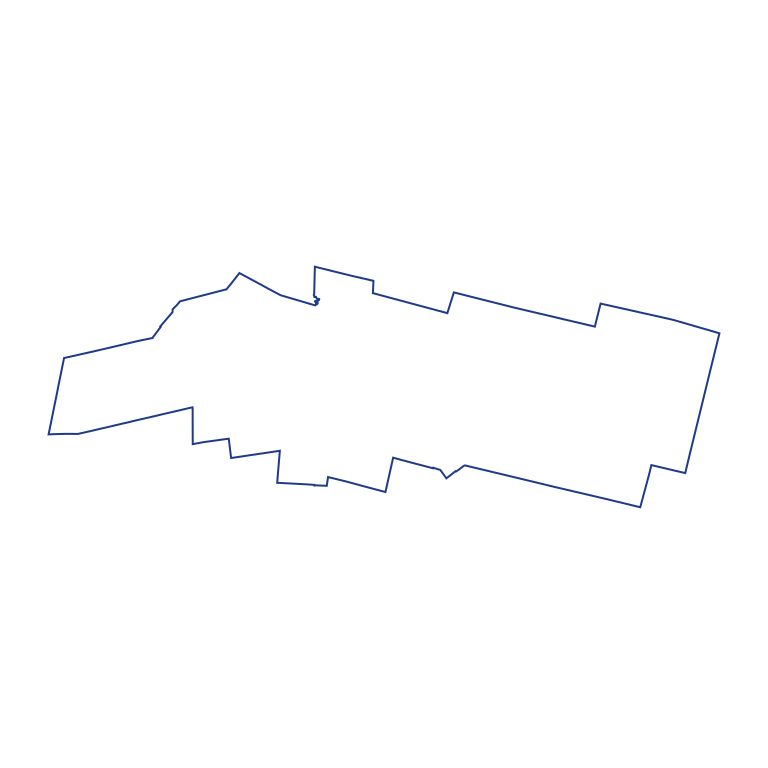 Barca, Dolj, Romania, rotated 6°
{"feature_id": "2599482B6572149700325", "entity_name": "Barca", "entity_type": "district", "adm_level": 2, "iso_a3": "ROU", "parent_name": "Romania", "parent_adm1": "Dolj", "projection": "orthographic", "projection_center": [23.606, 43.972], "detail": "fine", "context": "isolated", "style": "outline", "palette": "blue", "viewbox_px": 768, "rotation_deg": 6, "n_neighbors": 0, "source": "geoboundaries", "source_scale": "gbopen_adm2", "svg_char_len": 2215}
<svg xmlns="http://www.w3.org/2000/svg" viewBox="0 0 768 768"><g transform="rotate(6 384 384)"><path d="M544.1,465.8L565.7,468.7L606.3,473.8L618.1,475.3L651.7,479.8L652.5,474.9L654.9,459.9L657.0,446.9L658.4,436.7L684.1,440.0L692.9,441.1L695.5,421.2L701.1,380.3L706.7,339.1L712.3,298.5L664.3,289.9L591.0,281.4L587.7,304.9L505.4,294.4L443.9,285.6L439.6,306.9L363.5,294.8L362.7,282.5L341.2,279.9L303.0,274.6L303.3,277.9L303.4,279.7L305.1,301.2L305.2,301.8L305.1,302.1L304.9,302.7L304.9,302.9L305.1,303.0L305.5,303.9L305.6,304.4L305.7,304.8L306.1,304.8L306.6,304.6L306.8,304.6L307.2,304.4L307.3,304.5L307.8,305.3L308.0,305.7L308.7,306.6L309.1,307.1L310.1,306.2L310.3,306.1L310.7,306.3L310.5,307.3L310.0,307.9L309.8,308.1L308.8,308.5L308.5,308.5L307.7,308.6L307.4,308.5L307.1,308.5L306.8,308.8L306.8,309.0L307.0,309.2L307.8,310.7L307.9,310.8L308.0,310.8L308.4,310.6L309.0,310.2L309.4,310.3L309.4,310.5L309.6,310.6L309.4,311.3L308.3,312.2L308.0,312.3L307.5,312.6L307.4,312.8L307.2,313.0L271.8,306.5L257.5,300.7L246.0,295.9L228.8,288.9L228.6,288.8L221.2,300.6L217.3,306.5L216.6,306.6L172.5,323.1L169.6,327.4L166.0,331.8L166.2,334.6L155.5,350.1L156.0,350.5L149.6,361.2L149.0,362.5L147.8,362.8L133.2,367.5L94.8,380.9L63.1,391.6L60.3,420.8L59.4,430.6L55.7,469.2L56.2,469.1L61.7,468.3L69.8,467.2L78.2,466.3L83.3,465.8L85.0,465.6L88.5,464.4L97.4,461.4L101.1,460.1L108.6,457.5L128.1,450.7L134.1,448.7L137.8,447.3L146.8,444.2L165.6,437.7L165.8,437.6L170.2,436.1L185.8,430.7L195.3,427.4L196.0,427.2L196.3,428.7L198.0,444.7L198.6,450.2L199.9,462.1L200.1,463.8L210.6,460.7L216.7,459.2L235.3,454.6L239.7,473.6L257.5,469.0L275.1,464.5L275.8,464.3L287.4,461.3L287.9,485.5L288.1,493.4L305.7,492.5L319.3,491.8L319.9,491.8L322.6,491.7L323.6,491.7L324.2,491.7L324.5,491.6L325.3,491.6L325.5,492.2L325.9,492.0L327.2,491.9L327.7,491.8L328.7,491.8L332.0,491.6L333.9,491.5L334.7,491.4L337.7,491.2L338.1,482.4L355.8,484.8L366.5,486.5L375.6,488.0L375.8,488.0L396.7,491.3L396.9,489.8L400.8,456.3L410.5,457.9L420.7,459.5L421.3,459.6L431.9,461.2L441.6,462.7L441.6,462.4L441.7,462.1L443.0,462.4L449.0,463.6L455.9,471.3L464.3,463.2L464.8,463.5L467.7,461.1L471.6,457.3L473.1,456.5L544.1,465.8Z" fill="none" stroke="#1e3a8a" stroke-width="2"/></g></svg>